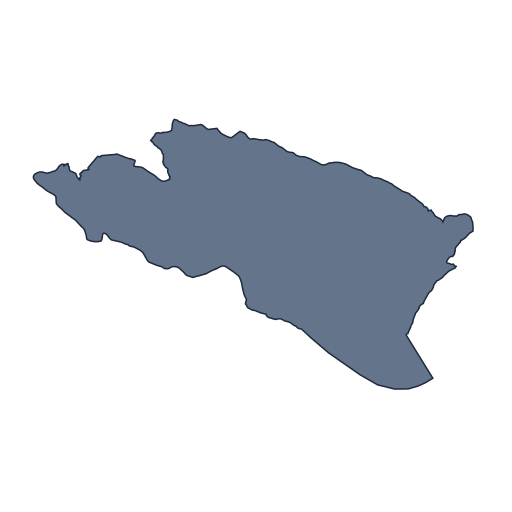 Tota, Boyacá, Colombia (Mercator projection), rotated 87°
{"feature_id": "7082276B21893770290746", "entity_name": "Tota", "entity_type": "district", "adm_level": 2, "iso_a3": "COL", "parent_name": "Colombia", "parent_adm1": "Boyacá", "projection": "mercator", "projection_center": [-73.015, 5.476], "detail": "fine", "context": "isolated", "style": "filled", "palette": "slate", "viewbox_px": 512, "rotation_deg": 87, "n_neighbors": 0, "source": "geoboundaries", "source_scale": "gbopen_adm2", "svg_char_len": 6044}
<svg xmlns="http://www.w3.org/2000/svg" viewBox="0 0 512 512"><g transform="rotate(87 256 256)"><path d="M242.4,37.9L241.9,38.1L240.0,37.8L233.6,37.9L230.8,38.9L228.9,39.3L227.9,39.9L225.6,43.1L225.0,44.8L224.9,46.1L225.4,49.6L225.4,50.5L225.2,50.9L226.7,53.5L226.7,54.3L226.4,55.3L226.4,57.0L225.9,58.7L225.8,59.6L225.8,60.9L226.3,63.4L227.8,65.7L231.8,67.6L230.7,68.0L228.4,70.1L226.8,73.0L225.6,74.8L223.4,76.2L222.0,76.8L220.7,78.1L219.3,78.6L220.0,81.7L219.1,81.5L218.4,81.8L216.9,82.6L216.2,83.3L215.8,84.1L215.4,85.6L213.4,86.6L212.3,87.5L211.3,88.9L207.5,93.2L205.9,94.6L203.7,98.1L202.2,99.2L201.5,100.2L199.0,106.3L196.5,109.7L193.2,114.5L190.9,116.9L190.1,118.9L188.9,120.5L186.6,125.4L185.8,126.4L185.1,128.3L184.6,129.7L183.8,134.8L182.2,137.3L181.0,140.2L180.4,141.3L176.4,145.8L175.9,146.6L174.8,150.0L172.8,155.0L169.1,161.1L168.3,163.1L167.1,167.1L166.7,169.7L166.6,173.2L167.0,176.1L166.8,177.5L168.2,181.2L168.6,182.9L168.3,185.8L164.8,191.2L164.0,193.1L162.1,196.2L160.5,199.6L159.4,202.8L158.9,207.4L157.8,209.9L157.1,211.1L154.9,213.4L154.5,214.5L154.2,216.8L153.3,219.5L148.9,224.6L148.2,226.4L146.6,228.8L145.8,229.4L144.5,231.0L143.6,231.8L142.9,234.0L141.4,236.8L140.2,240.3L140.7,242.3L140.2,245.9L138.7,252.0L139.0,255.1L138.8,256.1L136.8,258.1L134.0,259.8L132.8,260.9L130.6,265.4L135.5,272.6L136.4,274.0L136.5,275.3L135.4,278.2L133.2,282.1L131.7,284.4L127.6,287.7L126.5,288.3L127.1,297.0L126.5,298.2L124.4,300.6L122.8,302.2L121.8,304.0L122.5,310.4L122.5,312.8L122.2,314.4L122.7,315.4L120.0,320.5L119.6,322.0L118.5,323.8L117.7,325.9L117.1,326.7L116.3,327.4L115.3,330.5L116.5,331.4L118.7,332.3L119.6,332.6L123.3,333.1L126.2,333.8L127.3,336.3L127.8,339.3L127.7,340.7L127.8,343.1L128.3,344.7L128.3,345.5L127.8,346.9L127.9,348.6L128.1,349.4L129.1,350.4L130.7,351.2L133.0,353.4L133.7,353.7L135.0,355.1L136.0,354.5L136.9,353.2L139.1,352.0L140.7,350.4L140.9,349.6L141.7,348.8L142.8,348.3L143.4,347.1L144.1,346.4L144.7,345.7L146.8,344.5L148.6,344.2L150.1,343.2L154.3,343.4L157.4,344.1L158.1,343.6L159.5,343.6L160.1,343.1L160.7,342.9L162.9,341.4L163.6,340.2L164.7,339.5L165.2,339.4L165.8,339.7L167.1,339.7L168.8,339.4L169.7,338.9L170.9,338.7L171.3,338.3L171.8,338.2L172.4,337.6L173.4,338.3L173.8,338.4L174.7,338.1L175.1,338.7L176.5,343.1L176.3,346.1L173.4,350.0L171.5,351.7L169.7,353.8L165.4,360.1L162.3,363.9L161.4,365.8L160.7,368.9L160.4,371.5L160.0,372.6L159.7,373.1L158.3,373.1L155.1,371.8L154.2,371.8L152.4,375.9L152.0,377.9L151.3,379.8L146.9,389.6L146.8,390.1L147.2,391.2L147.3,394.2L147.3,396.7L147.4,397.7L147.6,404.4L147.8,405.5L148.1,405.9L148.8,406.1L148.9,406.3L148.2,408.7L148.3,408.9L150.9,411.5L152.1,412.4L154.2,414.6L158.9,418.9L159.4,419.2L159.7,419.1L160.3,418.5L160.7,418.3L160.9,418.4L161.4,421.8L161.5,423.3L161.7,424.0L162.5,424.8L162.7,425.3L163.3,425.2L163.7,425.8L163.9,426.7L164.5,427.3L164.9,427.6L165.6,427.6L166.4,426.6L166.7,426.4L167.1,426.5L167.9,427.3L169.2,428.1L170.2,427.7L170.6,427.7L170.8,427.9L170.6,428.6L170.3,428.8L167.5,430.7L165.3,431.2L164.2,431.7L163.5,432.6L163.1,433.7L162.1,435.1L161.8,436.4L161.5,437.0L160.8,437.5L159.9,437.6L159.2,438.0L157.1,438.0L156.4,438.6L155.0,438.7L154.0,438.9L153.8,439.1L154.0,439.9L154.8,440.4L154.5,442.0L154.6,442.3L154.9,442.5L155.9,442.7L156.1,443.0L154.6,443.4L154.3,443.7L154.2,444.4L154.3,445.4L155.0,446.6L156.3,448.2L158.4,449.7L159.6,450.9L160.6,452.6L160.9,454.5L161.5,456.0L162.3,460.1L162.2,461.2L161.1,464.3L160.8,466.0L160.9,468.2L161.5,470.2L162.9,472.9L163.6,473.5L165.0,474.1L166.4,474.2L167.8,473.7L171.7,470.9L173.8,468.7L175.9,465.8L178.8,462.7L180.8,460.1L183.7,455.2L185.2,453.4L186.1,452.9L187.2,452.7L192.9,452.7L193.8,452.3L196.2,450.5L199.2,447.3L202.1,444.8L204.1,442.6L205.9,440.2L207.8,438.1L210.6,434.5L217.6,428.7L218.9,427.2L220.9,426.0L223.2,425.3L227.0,424.4L229.8,424.2L230.6,423.8L231.2,423.0L232.5,419.9L233.2,416.6L233.4,412.9L233.1,410.5L232.8,409.8L232.4,409.5L230.3,408.7L226.5,408.1L225.7,407.5L225.4,407.1L225.3,406.3L226.0,404.9L226.9,403.8L230.4,401.4L232.3,399.7L235.3,389.2L236.6,387.2L238.1,383.1L239.4,381.8L240.7,377.3L244.2,371.4L246.1,369.3L247.6,368.3L255.1,364.5L256.4,363.3L256.9,362.5L257.9,360.1L258.8,358.5L259.0,357.8L260.0,355.8L261.9,350.5L263.8,348.0L264.1,344.6L263.6,343.0L262.4,340.7L262.2,339.7L262.4,337.4L262.9,335.3L263.6,334.0L264.7,332.7L268.1,329.4L269.6,328.1L270.2,327.8L271.7,326.3L273.7,321.3L274.1,320.1L273.9,318.9L273.2,316.7L272.8,314.0L271.1,306.8L268.7,301.8L266.8,296.9L267.0,296.9L266.9,296.6L265.0,292.7L264.2,290.2L264.3,288.6L265.1,286.6L271.2,278.6L274.3,275.1L275.5,274.1L276.8,273.4L280.2,272.3L282.6,271.7L287.1,271.2L293.9,269.9L296.5,268.9L297.9,268.2L299.0,267.9L299.5,267.9L300.7,268.4L303.3,269.1L304.8,267.9L306.3,267.5L307.2,266.9L309.9,262.4L310.5,259.6L312.7,255.1L314.3,250.5L314.5,249.2L314.9,248.9L315.9,248.8L317.5,247.5L318.5,245.7L318.8,244.2L319.7,242.2L320.4,239.4L319.9,237.2L320.0,234.8L321.1,232.6L322.2,231.0L323.9,225.9L327.5,221.4L327.7,220.9L327.6,220.4L330.5,217.6L331.1,215.2L331.7,214.0L340.5,205.5L356.6,188.5L380.0,158.4L391.1,141.2L396.1,124.6L396.7,111.0L394.3,100.7L391.2,93.0L387.3,85.8L343.9,109.6L342.9,110.0L342.2,110.0L341.6,109.5L341.3,108.3L339.5,107.6L335.5,105.4L333.3,104.8L331.2,103.1L329.1,102.7L327.2,102.1L321.1,99.4L319.4,97.7L316.4,95.7L315.9,96.0L314.5,95.0L312.9,93.1L312.3,91.5L309.4,90.2L302.3,85.7L300.8,84.1L300.1,83.0L299.3,82.2L296.7,80.7L294.2,79.9L292.9,79.0L291.8,77.9L290.3,76.8L289.6,74.9L287.2,70.9L285.5,69.4L281.9,65.1L280.7,63.3L280.1,61.7L279.4,60.5L279.2,59.6L278.6,58.5L278.5,57.8L277.4,57.3L277.0,56.6L276.6,56.9L276.5,57.9L276.3,58.4L275.8,58.7L275.0,58.8L274.5,59.2L274.4,59.8L274.7,60.8L274.7,61.2L273.7,63.1L273.2,64.8L272.6,65.8L271.9,66.0L271.4,65.9L268.5,64.0L267.4,62.8L266.8,61.9L266.7,59.7L266.5,59.3L265.7,59.1L265.0,57.9L263.9,57.8L263.2,57.3L262.3,57.5L262.0,57.0L261.5,56.9L259.5,56.7L258.0,56.2L256.1,54.5L255.8,54.1L254.5,53.1L253.0,51.3L251.2,50.8L251.2,50.0L250.7,49.4L249.0,46.3L244.6,41.8L242.4,37.9Z" fill="#64748b" stroke="#1e293b" stroke-width="1.5"/></g></svg>